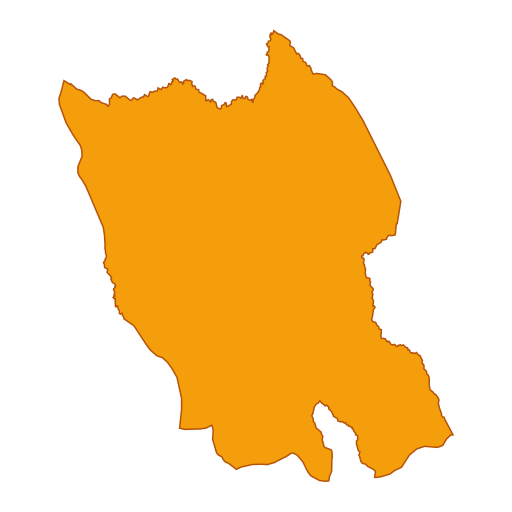 Ku Kaeo, Udon Thani, Thailand (Equal Earth projection)
{"feature_id": "78962969B3377071632893", "entity_name": "Ku Kaeo", "entity_type": "district", "adm_level": 2, "iso_a3": "THA", "parent_name": "Thailand", "parent_adm1": "Udon Thani", "projection": "equal_earth", "projection_center": [103.169, 17.167], "detail": "fine", "context": "isolated", "style": "filled", "palette": "amber", "viewbox_px": 512, "rotation_deg": 0, "n_neighbors": 0, "source": "geoboundaries", "source_scale": "gbopen_adm2", "svg_char_len": 5941}
<svg xmlns="http://www.w3.org/2000/svg" viewBox="0 0 512 512"><path d="M273.8,30.7L272.6,34.1L271.4,34.7L271.2,33.2L270.5,33.6L269.8,36.3L270.2,37.8L271.0,38.6L270.3,40.8L268.5,41.2L267.9,43.2L266.5,43.9L267.8,46.7L268.9,46.5L269.1,46.9L268.8,51.3L268.4,51.9L267.4,52.0L267.2,53.5L266.3,54.4L266.7,55.2L268.3,55.3L269.1,57.4L268.9,63.2L267.6,64.7L268.1,66.4L267.2,67.9L267.2,70.1L267.8,71.6L266.3,72.4L266.5,76.0L265.1,76.4L265.4,78.7L264.0,79.3L262.8,81.0L263.5,83.6L262.7,83.9L261.4,83.1L260.8,83.4L260.4,84.6L260.8,86.7L259.7,87.5L259.4,89.8L258.1,92.1L255.0,95.5L254.9,97.3L253.1,100.3L252.9,102.2L252.0,101.6L251.9,99.3L250.2,100.2L248.3,99.5L247.8,99.0L247.5,97.0L246.1,96.4L245.6,96.5L245.1,98.3L243.5,98.6L242.7,97.8L242.6,95.9L242.2,95.6L240.8,98.1L239.5,97.3L237.2,97.2L236.1,100.0L232.9,99.8L231.5,101.5L231.2,104.4L226.9,106.7L226.2,106.1L226.5,104.4L226.2,103.1L225.1,102.6L224.0,104.6L221.6,105.6L221.1,108.7L219.7,108.9L217.2,107.7L215.8,102.4L213.5,101.4L212.6,99.3L211.3,99.6L210.6,101.8L208.2,99.6L206.7,100.8L205.9,100.8L205.7,95.8L204.3,95.3L203.8,94.4L202.6,94.3L201.8,93.3L199.6,92.6L198.9,91.8L198.7,89.8L195.7,89.0L195.4,86.8L194.7,85.9L192.5,86.4L192.3,84.8L191.6,84.0L192.1,81.9L191.8,81.3L189.0,80.3L187.5,80.7L186.4,79.6L183.6,81.3L183.5,83.6L182.9,84.1L181.5,81.9L179.5,82.4L177.5,79.0L175.9,79.2L175.2,78.2L174.6,78.0L172.2,79.5L172.2,80.0L173.1,80.6L173.2,81.3L171.6,82.2L171.4,84.4L170.6,84.7L169.4,83.6L168.7,83.6L168.0,86.4L166.9,87.6L164.9,87.8L162.7,87.2L161.1,89.6L158.1,87.9L157.5,90.6L156.9,91.1L154.2,91.2L152.5,92.4L150.7,91.6L149.9,91.9L148.4,96.4L147.1,96.3L144.5,94.6L143.5,97.0L141.9,97.0L137.3,99.9L134.0,97.8L132.9,98.4L131.4,100.3L130.2,100.4L125.4,96.2L122.1,96.1L119.9,97.8L115.3,94.0L113.2,94.0L112.2,95.2L111.4,97.5L109.4,99.1L109.5,104.3L108.0,106.3L106.5,104.4L101.4,102.7L100.0,101.8L99.1,100.6L95.3,100.7L91.1,99.3L83.8,92.1L81.3,90.5L76.6,89.1L70.8,83.7L70.2,84.5L64.0,80.6L61.1,92.0L59.0,98.1L59.4,104.3L66.2,123.1L73.4,135.5L80.3,145.5L81.0,147.4L81.9,151.3L82.0,156.5L77.9,166.7L77.9,173.0L79.8,176.9L81.8,179.4L86.0,186.6L103.3,227.3L104.5,235.3L105.1,245.6L104.9,248.7L105.4,249.3L105.4,252.2L106.4,256.0L106.2,257.8L105.1,259.1L105.1,260.3L103.7,262.2L103.6,263.0L104.2,263.8L104.7,267.6L107.6,269.0L107.1,272.5L111.5,277.0L110.8,278.9L111.5,279.4L111.5,280.8L112.5,282.5L115.2,284.2L115.6,285.4L114.8,286.4L115.2,287.6L113.8,288.6L113.5,289.6L114.8,292.2L114.2,294.1L114.9,295.8L113.9,295.7L113.8,296.9L113.2,297.4L113.9,297.7L113.9,298.6L115.2,298.5L115.4,306.3L116.0,306.8L116.4,305.9L117.3,305.9L118.2,307.8L118.1,308.9L119.4,310.8L119.4,313.5L120.6,314.1L122.3,313.3L122.5,315.5L123.7,317.0L124.1,318.9L134.0,325.8L146.3,344.6L150.2,349.9L156.9,355.8L162.3,357.6L167.6,362.4L171.8,368.3L177.0,377.4L181.6,398.5L181.6,409.0L179.6,428.3L185.3,429.4L200.2,428.9L205.8,428.2L211.7,425.2L212.9,428.5L213.2,431.4L212.6,439.2L216.6,453.0L218.9,455.4L221.9,456.7L223.3,459.7L225.6,462.2L228.4,463.2L236.3,469.3L240.9,467.1L252.3,464.5L261.7,464.2L267.3,464.6L274.2,462.6L286.7,456.2L291.6,453.0L293.1,453.1L297.0,455.0L302.8,461.7L307.6,471.5L310.7,475.7L319.5,480.5L325.6,481.3L328.8,480.9L329.5,476.4L331.6,471.3L331.9,459.0L332.3,456.8L332.0,451.8L331.1,449.8L324.8,447.4L323.9,446.5L323.1,442.4L322.3,440.6L322.3,438.3L322.9,436.4L322.0,435.3L320.9,431.9L316.1,427.9L314.8,423.1L313.4,421.6L313.1,418.1L312.1,416.5L311.9,414.8L312.7,414.2L314.4,406.8L316.1,404.3L318.5,402.8L319.8,400.7L321.4,402.7L325.3,405.9L326.4,405.1L328.7,407.0L328.7,408.9L331.5,411.4L333.7,416.5L337.3,418.4L338.1,421.1L340.7,421.9L342.6,421.7L344.3,423.1L345.3,422.6L346.1,423.2L346.4,424.7L347.9,424.9L348.5,426.1L350.1,426.3L351.4,427.5L352.2,427.4L352.3,428.8L352.9,428.7L353.8,431.1L355.7,433.4L355.5,434.7L357.7,435.7L357.7,439.5L356.5,440.9L356.5,444.0L358.2,450.4L359.9,452.1L358.9,455.2L359.7,456.7L360.8,461.3L362.5,463.4L365.5,464.1L367.8,466.5L372.9,469.0L375.0,470.8L375.4,472.0L374.7,477.5L380.3,476.9L390.0,474.0L394.7,470.5L401.5,467.3L409.4,455.1L416.6,449.0L424.5,446.3L437.5,447.4L442.7,445.5L446.5,439.0L450.5,435.2L453.0,434.8L444.7,419.2L444.2,417.3L442.5,416.9L441.6,415.6L441.4,413.3L439.5,408.3L438.3,403.1L438.9,400.4L438.7,398.9L435.8,394.5L434.6,394.3L433.1,392.2L429.9,389.5L429.2,384.4L429.3,379.3L428.9,376.9L428.3,375.2L426.7,374.0L426.7,372.3L426.0,370.7L423.9,368.8L424.0,365.6L423.2,364.0L422.3,363.9L422.0,362.1L422.5,360.6L420.6,357.3L420.5,356.0L418.2,354.7L416.4,352.5L414.5,353.6L412.6,352.6L411.8,353.1L410.8,352.6L410.1,352.0L409.4,350.0L408.0,349.9L407.6,347.7L405.7,347.4L403.3,344.9L401.6,345.6L400.2,344.7L398.9,345.7L398.2,345.3L397.4,346.3L396.5,346.6L394.6,344.4L392.9,344.9L390.9,344.4L389.2,341.4L388.1,341.9L387.6,341.1L386.6,341.4L385.3,338.7L381.5,338.3L380.9,337.0L381.4,329.7L378.8,328.8L378.8,326.7L376.9,325.4L375.7,322.4L372.5,321.5L371.6,319.0L372.5,316.2L373.4,309.7L375.0,307.5L374.4,306.0L372.8,305.9L373.5,301.9L373.2,299.9L371.9,297.9L372.5,297.3L372.4,295.7L373.0,294.6L371.9,292.1L373.1,290.4L373.1,288.5L369.8,285.3L370.6,281.7L369.6,280.7L370.0,279.3L369.7,278.3L366.1,277.5L365.2,272.4L365.6,269.3L364.7,267.0L364.4,264.8L363.5,263.6L364.1,259.0L363.4,258.1L362.1,257.9L361.6,256.3L362.1,255.7L362.9,255.7L363.9,253.4L364.8,253.2L365.6,252.1L366.6,252.9L367.6,253.0L368.0,254.2L368.9,254.3L369.6,253.0L372.5,252.2L372.9,249.9L372.7,248.8L375.0,248.6L376.8,244.8L381.3,242.1L381.9,239.8L383.5,240.0L386.5,239.2L386.8,237.4L389.1,235.1L390.9,235.7L394.6,235.2L395.3,234.4L396.3,224.1L397.2,223.7L400.8,201.3L390.6,175.8L363.2,120.9L354.8,106.9L348.7,98.0L341.8,91.6L336.8,89.0L334.8,87.0L332.4,85.8L332.4,81.9L330.9,79.7L325.5,74.8L316.6,73.4L313.2,74.2L311.2,70.0L310.9,68.2L309.4,65.6L307.1,66.0L305.7,62.5L303.0,61.4L302.6,58.5L300.8,58.3L300.3,56.0L298.7,53.6L298.1,53.4L296.7,54.0L293.7,47.9L289.9,45.7L289.7,44.8L290.4,42.7L289.8,40.8L281.1,34.6L278.4,34.1L273.8,30.7Z" fill="#f59e0b" stroke="#b45309" stroke-width="1.5"/></svg>